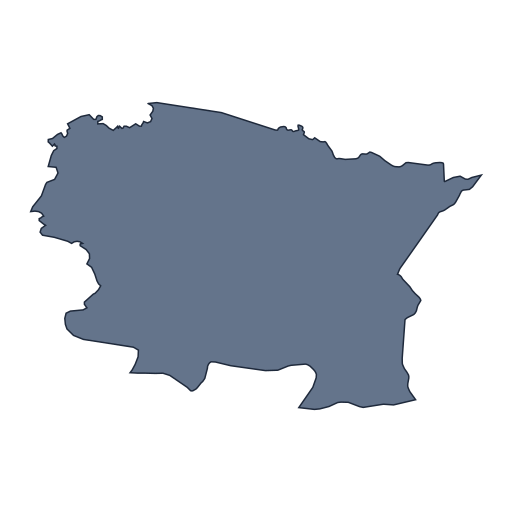 Alta Verapaz, Albers equal-area conic projection
{"feature_id": "GTM-1948", "entity_name": "Alta Verapaz", "entity_type": "Department", "adm_level": 1, "iso_a3": "GTM", "parent_name": "Guatemala", "parent_adm1": "", "projection": "albers", "projection_center": [-90.124, 15.617], "detail": "fine", "context": "isolated", "style": "filled", "palette": "slate", "viewbox_px": 512, "rotation_deg": 0, "n_neighbors": 0, "source": "natural_earth", "source_scale": "10m", "svg_char_len": 4256}
<svg xmlns="http://www.w3.org/2000/svg" viewBox="0 0 512 512"><path d="M148.2,103.6L148.3,103.5L156.8,102.6L221.4,112.6L275.2,130.0L277.3,130.2L277.8,129.8L277.9,129.7L278.0,129.3L278.2,128.7L279.1,127.8L280.5,127.0L283.9,126.5L285.3,126.9L286.2,127.8L286.4,128.9L287.3,130.0L288.5,130.2L290.2,129.8L291.1,129.8L291.6,129.9L292.8,131.4L293.6,131.5L294.5,131.3L295.4,130.9L297.9,130.4L298.5,130.1L298.7,129.9L298.7,129.4L298.6,128.7L298.0,126.2L298.1,125.2L298.6,125.1L299.3,125.2L301.7,126.2L302.3,126.7L302.8,127.3L302.8,128.1L302.6,128.8L302.4,129.5L302.2,129.8L302.7,130.6L303.6,131.2L304.2,131.7L304.3,132.4L303.5,134.7L308.9,138.8L312.5,139.6L313.2,139.2L314.7,137.8L320.2,141.6L323.2,141.9L324.9,141.6L325.7,142.1L326.7,143.4L327.8,145.4L331.9,151.0L332.7,153.0L333.2,154.6L334.7,157.5L335.8,158.5L336.9,158.9L337.8,158.7L338.9,158.5L340.3,158.6L345.2,159.4L355.8,158.8L357.5,158.3L358.1,157.9L358.5,157.6L358.9,157.2L360.2,155.3L360.7,154.7L361.3,154.2L362.2,153.9L363.1,153.9L365.9,154.1L366.8,154.0L368.5,153.0L369.7,152.1L370.6,152.2L371.6,152.5L379.0,155.9L379.9,156.4L384.9,160.7L391.5,165.2L393.3,166.1L394.8,166.6L399.1,166.9L400.8,166.5L401.6,166.1L402.3,165.7L406.0,162.7L408.2,162.5L427.8,165.1L429.0,165.1L429.9,164.9L430.8,164.6L431.5,164.2L432.2,163.7L433.5,163.2L435.5,162.8L439.9,162.5L441.9,162.7L443.2,163.2L443.5,164.1L444.3,181.2L444.5,181.5L444.9,181.5L453.3,177.5L460.1,176.2L465.4,179.1L468.0,179.3L471.8,177.5L481.3,175.1L472.6,186.8L469.4,189.4L463.3,190.1L462.2,190.6L461.4,191.3L459.8,194.3L459.5,195.2L455.6,202.2L454.4,203.8L453.3,204.7L450.0,206.3L444.7,210.0L443.1,210.8L439.8,211.9L438.8,212.6L438.2,213.4L437.5,215.0L417.6,243.4L399.8,268.7L397.5,274.3L398.4,274.5L399.8,275.4L400.4,275.9L401.1,276.6L401.5,277.2L402.7,279.2L409.8,286.7L412.3,290.5L415.1,293.6L419.2,297.4L420.4,299.2L420.8,300.5L418.3,304.7L417.9,305.4L417.3,307.1L416.4,310.8L415.6,312.3L415.2,313.0L414.6,313.6L414.1,314.2L413.4,314.7L407.4,317.6L405.5,319.1L405.0,319.7L402.2,358.3L402.3,363.3L402.5,364.4L403.9,367.6L404.6,369.0L406.7,371.9L408.5,375.0L408.8,376.4L408.8,378.1L407.8,383.5L407.7,385.3L407.8,386.8L408.4,388.5L409.8,391.6L415.6,399.7L393.6,404.9L383.4,404.2L363.2,407.4L359.5,406.6L348.3,402.3L341.0,402.1L337.7,402.5L329.0,406.5L319.7,408.9L314.4,409.4L298.8,407.6L312.8,387.4L316.2,377.8L316.4,374.4L315.8,372.8L315.0,371.3L313.5,369.5L310.0,366.1L307.6,364.7L306.4,364.3L305.4,364.1L291.1,365.3L288.2,366.0L277.8,370.2L265.4,370.6L230.7,365.7L215.4,362.0L211.1,361.8L209.7,362.7L209.2,363.3L208.7,363.9L207.9,365.5L207.6,366.2L207.4,368.3L204.8,378.4L202.7,381.5L201.1,382.9L197.3,387.7L196.0,389.0L192.8,390.8L191.6,390.9L190.6,390.7L187.2,387.3L169.8,375.4L162.9,373.2L155.4,373.4L144.7,373.1L137.5,373.1L130.1,372.7L132.2,369.9L135.2,364.3L138.1,356.8L138.4,350.1L133.4,347.2L83.4,339.4L73.5,335.4L67.0,329.0L65.4,324.4L64.8,318.4L66.1,313.2L70.4,311.1L83.1,309.9L86.9,307.8L84.4,304.3L84.4,302.1L93.3,294.1L95.1,293.3L98.5,289.7L100.7,285.8L98.6,283.9L97.0,280.9L94.8,274.1L91.6,267.3L86.9,263.9L89.6,258.5L89.4,253.8L86.2,249.6L80.2,245.7L80.1,244.1L80.6,243.7L81.5,243.7L82.6,243.4L80.0,241.8L77.1,241.3L74.2,241.8L71.6,243.4L67.8,241.3L54.3,237.3L42.5,235.2L40.1,232.1L41.3,228.4L45.6,225.3L43.8,224.2L39.2,220.6L39.2,218.6L40.7,218.0L42.1,216.8L43.7,216.1L41.6,213.2L38.6,211.6L34.9,211.1L30.7,211.6L32.7,206.8L41.4,195.9L45.6,184.4L46.9,182.4L54.6,179.4L58.0,173.0L56.1,167.3L48.2,166.5L51.3,155.5L53.7,150.7L56.9,148.5L56.9,146.2L55.2,146.0L55.0,145.6L55.1,145.0L54.5,144.0L52.4,146.2L49.6,143.1L48.2,141.9L48.3,139.5L52.5,138.5L57.5,134.4L61.0,132.8L61.8,133.8L62.8,136.0L64.3,137.4L66.5,136.1L67.7,133.3L67.1,131.6L67.1,130.2L69.9,128.3L67.6,123.8L81.0,116.5L89.2,114.7L93.7,119.4L95.9,119.4L96.9,116.7L98.3,115.5L100.2,115.6L102.3,116.9L102.3,119.4L100.9,120.0L99.4,120.9L97.8,121.4L97.8,123.9L103.1,123.6L106.3,125.5L109.1,128.2L113.3,130.4L114.3,129.4L116.3,127.6L117.7,126.2L118.2,128.2L118.5,128.3L118.9,127.3L119.6,126.2L121.9,128.4L122.9,128.2L124.1,126.2L126.3,126.2L129.6,127.7L135.7,123.8L139.5,126.2L141.4,126.2L141.9,124.6L143.0,123.1L143.6,121.5L147.4,122.9L150.6,121.6L152.0,118.5L150.1,115.0L152.8,111.3L153.4,108.2L151.9,105.6L148.2,103.6Z" fill="#64748b" stroke="#1e293b" stroke-width="1.5"/></svg>